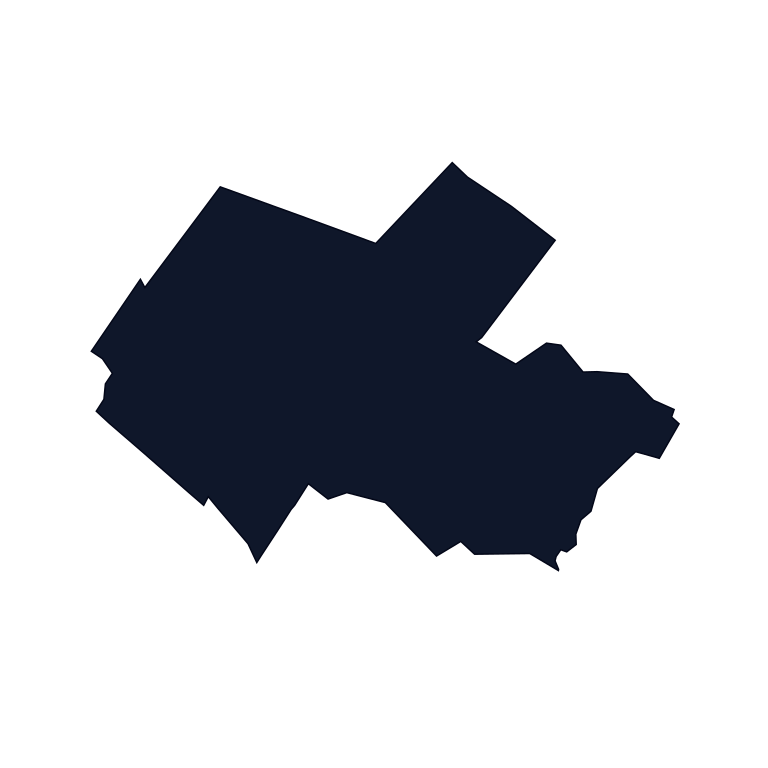 outline of Middlesex, Connecticut, United States of America, rotated 315°
{"feature_id": "52423323B62256411494154", "entity_name": "Middlesex", "entity_type": "district", "adm_level": 2, "iso_a3": "USA", "parent_name": "United States of America", "parent_adm1": "Connecticut", "projection": "equal_earth", "projection_center": [-72.54, 41.451], "detail": "fine", "context": "isolated", "style": "filled", "palette": "ink", "viewbox_px": 768, "rotation_deg": 315, "n_neighbors": 0, "source": "geoboundaries", "source_scale": "gbopen_adm2", "svg_char_len": 951}
<svg xmlns="http://www.w3.org/2000/svg" viewBox="0 0 768 768"><g transform="rotate(315 384 384)"><path d="M446.1,211.0L407.6,128.8L369.0,134.4L283.1,146.7L285.8,137.7L200.2,153.9L202.8,167.0L199.5,184.4L187.1,186.9L175.1,196.8L161.3,199.8L162.0,217.5L165.3,262.6L169.3,323.3L170.7,342.3L180.1,339.4L178.6,354.8L174.9,400.8L167.8,420.3L175.9,418.5L205.5,412.3L229.7,407.0L235.0,406.6L260.0,401.0L263.1,425.8L280.9,434.5L301.1,468.8L299.5,542.8L327.0,549.6L327.7,568.4L367.2,606.9L375.4,639.2L376.4,638.5L379.9,630.0L383.7,627.7L391.8,626.2L394.5,631.9L406.4,633.4L413.5,625.8L426.8,619.5L427.3,619.3L440.4,620.3L461.0,608.8L506.8,609.5L514.1,609.8L523.8,627.0L526.1,631.2L564.5,620.8L564.0,610.7L571.1,607.2L563.0,586.1L563.4,549.3L543.4,526.0L533.2,516.3L536.6,481.7L527.8,470.0L491.2,463.1L479.0,419.4L486.0,420.2L606.7,403.4L599.7,348.5L589.3,296.7L588.8,275.7L477.5,278.8L446.1,211.0Z" fill="#0f172a" stroke="#020617" stroke-width="1.5"/></g></svg>